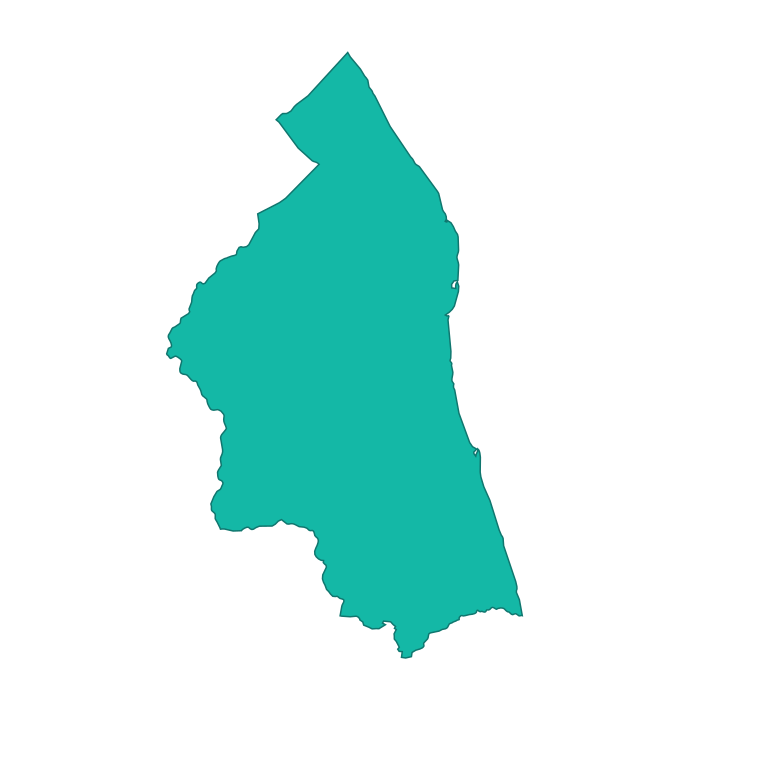 SVG path tracing the border of KwaZulu-Natal, rotated 313°
{"feature_id": "ZAF-1216", "entity_name": "KwaZulu-Natal", "entity_type": "Province", "adm_level": 1, "iso_a3": "ZAF", "parent_name": "South Africa", "parent_adm1": "", "projection": "albers", "projection_center": [30.227, -28.943], "detail": "fine", "context": "isolated", "style": "filled", "palette": "teal", "viewbox_px": 768, "rotation_deg": 313, "n_neighbors": 0, "source": "natural_earth", "source_scale": "10m", "svg_char_len": 6171}
<svg xmlns="http://www.w3.org/2000/svg" viewBox="0 0 768 768"><g transform="rotate(313 384 384)"><path d="M179.5,379.8L173.6,373.9L169.2,366.3L167.8,364.7L166.3,363.4L167.0,362.0L169.2,356.2L170.1,353.1L170.5,352.3L173.3,349.8L173.6,349.3L173.9,348.6L174.0,347.5L173.9,344.9L174.1,344.0L174.7,343.2L176.8,341.3L178.2,339.2L185.6,336.4L191.2,335.2L191.9,335.2L195.1,336.1L196.0,336.0L197.1,335.7L199.1,334.9L200.2,334.6L201.2,334.2L201.9,333.6L202.4,332.2L202.5,331.2L202.3,330.5L201.8,329.2L201.7,328.7L201.7,328.1L202.2,326.9L203.3,325.3L205.6,322.8L206.0,322.4L207.9,321.7L213.5,320.6L217.1,316.0L217.7,315.5L218.4,314.9L219.8,314.3L222.5,313.3L224.4,312.2L226.0,310.6L233.0,301.4L233.7,300.8L234.9,300.2L236.3,299.8L242.5,299.4L244.1,299.0L245.2,297.0L246.5,294.1L247.4,292.5L248.8,290.9L251.8,288.7L252.5,287.2L253.0,283.4L252.5,281.4L252.0,280.1L251.6,279.6L248.8,277.4L248.1,276.4L247.8,275.9L247.4,274.5L247.6,273.3L248.1,271.7L249.3,268.6L250.7,266.4L251.5,265.5L251.9,264.9L252.0,263.9L251.7,259.4L252.1,257.8L253.9,255.0L254.7,253.3L256.3,248.4L257.6,246.3L257.8,245.6L257.7,244.6L257.4,243.9L256.1,242.7L255.7,241.4L255.7,239.7L256.2,234.9L256.2,234.1L255.8,232.7L254.1,230.2L253.9,229.6L253.5,228.2L253.6,227.5L253.8,226.6L254.5,225.7L256.0,224.2L262.5,220.6L263.0,220.2L263.3,219.3L263.4,217.9L263.0,214.7L262.6,213.3L262.1,212.4L261.5,212.1L257.3,210.6L257.0,209.9L257.1,209.0L257.5,207.4L257.6,206.4L257.4,205.7L257.8,204.5L263.0,202.0L265.8,203.1L266.9,202.7L267.7,201.8L268.7,200.3L269.7,198.0L270.3,196.0L270.7,195.2L271.3,194.1L272.2,193.4L272.9,193.0L275.5,192.5L280.0,191.2L281.3,191.3L283.0,192.1L288.8,193.4L289.5,193.3L290.1,193.1L292.1,191.6L293.7,190.7L302.1,193.0L304.3,192.7L305.2,191.1L306.0,190.2L312.7,187.5L316.1,184.8L318.0,183.6L319.6,183.2L322.7,181.9L323.4,181.7L326.0,181.8L326.6,181.5L327.7,180.3L328.8,179.4L329.6,179.2L330.4,179.1L332.4,179.6L333.0,179.9L333.3,180.3L333.5,181.0L333.5,182.4L334.0,183.6L335.6,184.4L342.1,183.6L349.8,184.7L352.2,184.4L353.8,182.7L356.1,181.5L359.2,180.6L361.1,180.3L362.3,180.3L366.2,181.6L367.4,182.1L368.9,183.1L369.6,183.3L373.6,185.3L376.1,187.0L377.7,187.7L378.7,187.4L379.7,186.6L381.0,185.8L385.1,184.9L386.8,185.8L388.0,187.8L390.7,189.8L393.6,190.2L407.1,186.6L412.1,186.6L416.0,183.4L422.3,175.6L445.4,183.9L452.7,185.4L500.4,186.7L500.4,185.1L500.1,183.7L499.6,182.4L498.9,181.1L498.3,179.3L498.0,160.4L503.9,128.6L503.7,124.9L511.0,125.1L512.7,125.5L515.3,128.2L517.1,129.0L520.3,129.8L525.8,129.2L528.9,129.4L542.9,131.9L601.7,131.4L600.2,136.3L598.2,152.1L596.0,159.8L595.7,162.5L595.1,165.0L591.1,170.3L590.8,171.4L590.3,174.9L590.0,175.9L589.0,177.8L588.4,181.0L576.5,212.9L568.3,248.4L568.1,251.1L567.8,252.4L566.8,255.2L566.4,256.5L566.4,258.0L566.9,260.3L567.1,261.6L561.3,291.8L560.6,294.1L551.3,308.1L550.7,310.0L550.2,312.8L548.9,315.3L547.1,317.2L544.7,317.8L545.0,319.0L545.4,319.4L546.8,318.7L547.6,323.0L546.4,327.4L544.5,331.8L543.5,335.8L542.1,337.9L532.8,347.2L531.3,348.3L527.9,349.9L526.5,350.8L525.4,352.2L523.4,355.6L522.0,357.4L510.1,367.4L507.2,364.9L503.0,365.5L500.5,368.0L502.8,371.4L503.7,370.4L505.1,369.1L506.8,368.2L508.6,368.1L506.5,372.0L502.3,375.4L489.0,382.3L485.2,383.0L481.1,382.8L476.3,381.8L476.7,383.6L477.1,384.1L477.8,384.4L477.8,385.2L474.5,387.1L453.5,410.7L448.4,415.2L446.7,416.0L446.1,416.4L445.8,417.2L445.4,419.3L445.0,419.8L443.6,420.7L439.5,426.4L437.9,427.7L434.3,430.0L432.8,431.3L432.3,432.5L431.7,435.0L430.4,435.8L429.5,436.6L428.7,437.5L427.9,439.7L413.7,458.8L399.6,486.6L398.5,491.5L399.6,496.2L395.4,496.1L394.4,497.1L393.8,500.3L395.4,499.4L399.0,498.2L400.4,497.0L400.4,497.9L400.2,498.7L399.8,499.6L398.9,501.1L396.2,504.4L385.2,514.4L382.1,518.2L376.9,527.1L371.0,541.0L355.7,567.9L353.5,572.8L353.1,574.7L352.3,576.4L347.3,581.8L329.4,615.0L326.5,619.3L324.8,621.0L323.3,621.7L321.9,622.9L318.6,630.1L308.9,643.1L308.6,642.5L306.9,641.3L306.5,640.8L306.2,638.4L305.9,637.1L305.6,636.8L304.9,636.3L303.2,635.5L302.8,634.9L302.5,634.0L302.5,631.6L302.4,630.7L301.7,629.7L301.5,628.2L301.5,627.3L301.6,625.6L301.5,624.7L301.0,623.6L299.9,622.1L297.4,620.3L296.1,620.0L295.7,619.2L295.3,617.1L294.8,615.9L294.4,615.5L293.8,615.2L291.2,615.1L290.5,614.8L289.9,614.4L289.1,613.5L288.6,613.2L287.0,613.6L286.4,613.5L285.8,613.1L285.3,612.4L284.6,610.9L284.1,610.3L283.1,609.7L282.7,608.8L282.6,608.1L282.6,607.3L282.4,606.8L282.0,606.5L280.6,606.9L280.0,607.2L279.1,607.2L278.0,606.9L276.0,605.7L273.6,603.7L269.9,601.3L268.4,600.1L268.1,599.4L267.6,598.7L266.9,598.2L264.9,598.2L264.0,598.6L263.2,599.5L262.8,599.6L261.2,598.6L259.7,598.2L257.3,597.0L255.7,596.6L254.6,596.0L253.7,595.6L252.9,595.4L249.4,596.4L248.7,596.4L247.8,596.2L246.8,595.8L244.3,594.0L240.9,592.8L233.5,587.6L232.3,587.3L231.6,587.3L231.1,587.6L228.6,589.2L227.4,589.7L222.0,589.7L221.4,589.9L220.9,590.3L219.8,591.7L219.3,592.0L218.6,592.1L217.2,592.0L214.7,591.0L211.0,588.8L206.8,587.6L203.3,590.0L198.4,586.7L196.0,583.2L200.7,579.9L198.8,577.4L199.4,574.9L201.9,574.7L204.1,568.6L204.5,565.5L206.7,563.4L208.1,561.8L212.8,560.4L212.4,558.3L214.5,557.8L214.3,554.9L214.6,551.0L210.3,545.4L208.1,546.0L208.9,549.2L201.6,547.2L199.8,545.1L196.8,542.3L195.8,538.8L193.8,533.6L195.5,530.8L195.0,527.2L195.4,526.7L195.8,526.0L195.9,524.0L195.7,523.0L195.2,522.0L190.7,518.0L185.3,511.3L184.5,510.0L192.7,504.7L194.0,504.1L196.8,503.3L198.0,502.7L198.7,501.6L198.4,500.4L197.2,498.1L197.0,496.4L197.0,495.3L196.7,494.4L195.4,493.4L193.8,491.3L193.9,488.3L194.5,485.1L194.6,482.1L196.5,478.4L197.8,474.9L199.5,471.9L202.6,469.4L210.7,466.8L211.9,465.3L211.8,463.3L212.0,461.4L213.7,460.2L212.2,458.3L211.4,455.4L211.4,452.3L212.2,449.7L214.4,447.4L217.4,446.1L220.5,445.1L223.3,443.8L224.5,442.9L225.4,441.8L225.9,440.4L225.8,438.7L226.0,436.8L227.9,433.9L228.3,432.2L228.0,431.5L226.5,430.1L226.1,429.3L225.9,428.4L226.0,426.6L225.9,425.8L224.8,423.2L221.8,419.2L220.6,414.9L219.8,412.9L218.4,411.2L216.7,410.0L215.5,408.5L214.9,401.5L211.6,400.2L207.4,400.1L203.9,399.1L195.0,389.8L191.4,388.2L188.9,387.6L187.5,386.6L186.9,385.1L186.8,382.7L185.9,381.5L183.6,380.4L181.0,379.7L179.5,379.8Z" fill="#14b8a6" stroke="#0f766e" stroke-width="1.5"/></g></svg>